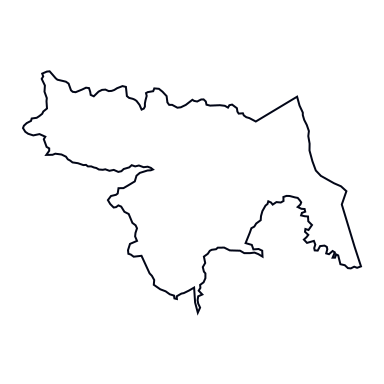 the district of Cristal, Rio Grande do Sul, Brazil
{"feature_id": "56859067B17648914341650", "entity_name": "Cristal", "entity_type": "district", "adm_level": 2, "iso_a3": "BRA", "parent_name": "Brazil", "parent_adm1": "Rio Grande do Sul", "projection": "orthographic", "projection_center": [-52.044, -31.031], "detail": "fine", "context": "isolated", "style": "outline", "palette": "ink", "viewbox_px": 384, "rotation_deg": 0, "n_neighbors": 0, "source": "geoboundaries", "source_scale": "gbopen_adm2", "svg_char_len": 3543}
<svg xmlns="http://www.w3.org/2000/svg" viewBox="0 0 384 384"><path d="M42.2,73.6L43.2,76.4L41.7,78.9L44.9,85.5L44.5,91.7L46.8,98.1L46.5,101.2L47.0,108.5L43.3,111.5L42.2,113.8L39.3,116.1L36.7,117.8L31.7,118.5L31.0,120.9L26.7,123.1L23.9,125.7L23.0,128.1L25.3,131.8L28.2,133.8L33.3,135.4L39.5,134.1L45.3,136.7L43.8,139.2L46.6,146.9L49.2,148.4L49.2,150.8L46.3,154.9L52.5,154.8L55.3,153.7L61.5,154.5L66.0,156.7L67.8,159.3L70.2,160.6L72.5,162.4L77.9,163.2L83.4,165.1L86.0,164.9L87.9,166.4L91.2,166.4L94.0,167.5L96.3,168.0L98.9,169.5L102.8,169.8L105.3,169.3L109.4,170.8L113.8,169.9L118.3,171.9L121.4,171.2L123.7,169.0L129.2,167.4L131.7,165.2L135.2,166.4L138.9,165.5L143.6,167.2L147.7,166.7L150.9,167.9L152.9,169.5L150.8,170.3L147.5,170.5L139.8,172.9L136.5,175.7L134.8,181.4L128.0,185.5L123.5,188.1L118.5,188.2L117.7,193.5L116.0,194.8L111.0,196.0L107.9,200.1L110.2,204.0L113.7,207.5L116.1,207.1L118.4,205.4L121.2,206.6L124.4,211.8L128.7,214.0L132.4,222.9L135.6,225.3L137.0,228.3L135.5,232.9L135.1,236.4L137.0,240.9L130.0,243.9L128.0,250.2L128.4,253.8L130.7,254.5L133.7,256.7L141.5,255.8L149.6,273.4L151.9,275.8L154.2,280.0L153.8,284.8L160.3,289.3L165.6,291.3L169.8,294.3L174.0,295.6L174.4,298.4L176.9,299.0L176.7,296.3L181.4,293.6L183.8,293.1L188.9,290.6L194.1,287.6L195.1,302.5L197.8,312.7L200.1,307.6L198.2,303.6L197.6,300.2L198.2,296.3L202.3,294.5L198.7,290.7L200.4,287.9L200.1,284.9L203.6,282.3L205.4,278.2L205.4,273.4L203.9,271.6L202.8,267.1L205.2,263.0L203.9,256.6L207.8,253.8L209.8,250.8L211.7,249.8L216.1,249.2L217.7,247.7L224.2,247.6L229.8,250.4L240.1,250.7L244.2,253.1L250.3,253.1L254.5,252.6L258.3,254.1L262.5,256.6L262.2,250.7L258.6,249.0L253.4,249.4L251.8,244.9L245.6,243.1L249.8,232.7L251.4,228.2L254.3,226.6L256.2,223.5L260.7,220.2L261.0,216.1L262.4,211.1L265.5,205.6L267.5,204.0L268.3,201.3L271.0,202.5L272.7,204.6L276.4,202.1L280.8,202.5L283.5,201.0L283.4,197.0L286.5,195.9L289.7,196.0L295.0,197.4L297.7,197.9L299.6,200.1L301.2,202.3L300.4,204.5L297.7,207.0L301.4,208.8L304.6,209.0L305.2,211.7L301.9,212.9L301.1,215.4L304.5,216.2L308.0,216.5L308.3,221.3L312.0,225.0L308.5,230.0L305.4,229.0L305.0,231.8L308.3,234.9L306.5,237.2L303.9,239.6L307.0,242.9L313.9,240.9L315.3,244.6L314.2,248.1L314.7,250.4L317.7,250.6L320.1,246.1L324.5,245.6L326.8,246.9L327.3,249.3L326.2,253.4L329.0,254.2L332.6,251.0L334.8,252.4L332.6,257.7L335.0,257.7L336.2,254.4L338.2,255.4L340.4,264.2L344.8,265.2L347.9,268.1L350.8,268.4L354.2,266.7L357.1,267.8L361.0,266.4L354.6,246.8L341.8,204.5L346.4,191.2L341.0,186.3L334.1,183.3L320.9,175.9L315.8,170.5L312.4,161.2L309.5,150.5L309.6,143.7L308.3,136.1L308.9,131.1L306.8,125.0L304.2,119.9L302.8,115.1L302.8,112.6L299.5,105.5L297.1,96.7L255.8,121.5L249.4,118.1L246.3,117.2L243.8,115.4L242.9,113.3L238.7,113.6L237.4,111.6L236.9,108.2L232.1,104.6L229.4,105.2L228.0,107.6L224.8,105.8L219.9,105.2L210.1,105.6L206.5,104.7L205.8,101.5L203.6,99.4L201.1,99.5L197.2,101.5L194.1,100.9L192.4,99.8L185.8,104.9L180.8,107.3L177.4,107.7L172.2,104.9L169.2,104.9L167.4,102.4L166.6,96.1L162.5,91.7L158.9,88.8L154.3,88.4L153.2,91.2L147.8,92.1L146.0,93.1L146.7,95.9L145.5,100.3L144.9,103.4L144.9,106.6L143.8,108.6L141.6,109.6L139.5,104.8L136.5,100.9L134.6,99.6L132.7,98.8L129.1,97.9L126.9,96.1L125.9,86.9L122.5,86.1L117.1,88.2L114.2,90.0L111.6,90.9L108.7,91.1L105.4,89.6L102.0,89.9L98.6,91.6L93.8,96.3L90.7,94.9L90.2,91.8L89.0,88.1L86.0,87.7L82.0,89.6L75.6,92.2L72.7,91.8L71.0,90.3L68.6,83.6L65.9,81.7L62.6,80.9L60.4,80.4L57.4,79.7L55.7,78.3L52.7,74.8L49.6,71.3L46.8,71.6L42.2,73.6Z" fill="none" stroke="#020617" stroke-width="2"/></svg>